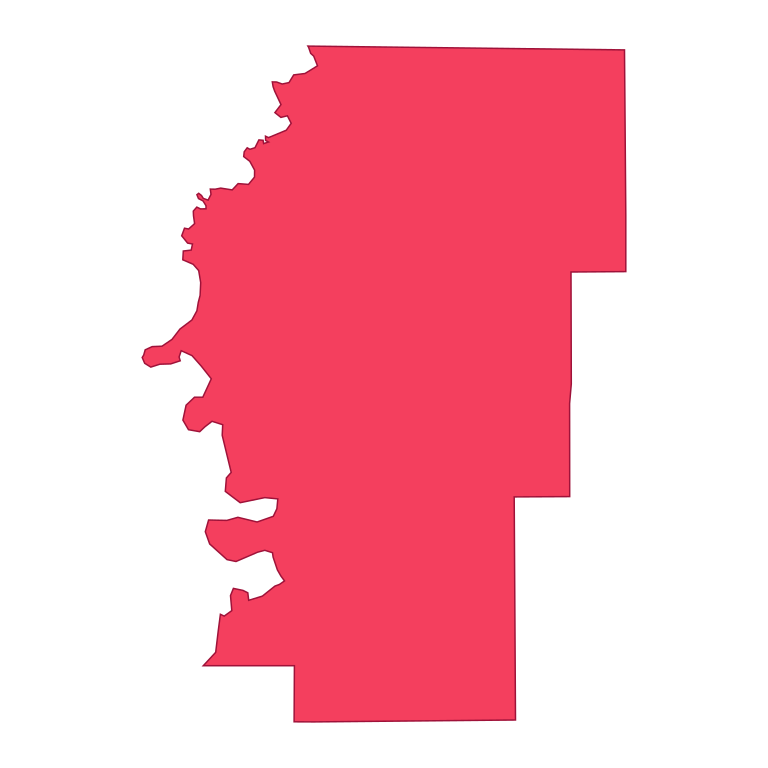 the district of Hale, Alabama, United States of America
{"feature_id": "52423323B74369514091215", "entity_name": "Hale", "entity_type": "district", "adm_level": 2, "iso_a3": "USA", "parent_name": "United States of America", "parent_adm1": "Alabama", "projection": "albers", "projection_center": [-87.768, 32.744], "detail": "fine", "context": "isolated", "style": "filled", "palette": "rose", "viewbox_px": 768, "rotation_deg": 0, "n_neighbors": 0, "source": "geoboundaries", "source_scale": "gbopen_adm2", "svg_char_len": 1893}
<svg xmlns="http://www.w3.org/2000/svg" viewBox="0 0 768 768"><path d="M307.9,46.1L308.6,47.3L310.7,53.4L313.7,56.1L317.5,65.8L305.0,73.5L293.7,74.9L289.0,82.6L282.2,84.0L276.6,82.0L272.3,81.9L273.1,86.7L274.7,91.2L281.0,104.6L274.9,112.6L280.9,117.4L287.4,115.8L291.2,123.3L286.3,130.2L268.5,137.6L265.5,136.2L265.6,140.4L268.5,142.0L263.6,143.6L263.1,140.3L258.9,139.9L255.0,147.7L249.9,149.3L247.2,147.8L244.2,151.8L243.7,156.6L249.8,161.3L254.6,170.1L254.5,177.1L248.5,184.4L238.1,183.6L232.2,189.9L220.7,188.1L215.2,189.2L210.3,189.1L211.0,194.4L208.1,200.1L203.3,198.4L201.5,195.5L198.7,193.3L196.9,194.7L198.5,198.6L203.0,200.9L206.0,205.7L206.0,208.8L200.5,208.9L196.8,207.1L193.3,211.1L193.5,215.8L194.6,223.6L188.6,229.0L184.5,228.2L181.7,235.8L187.6,243.1L192.5,244.0L191.2,250.1L183.3,251.0L182.8,259.8L193.2,264.3L198.7,270.6L200.7,282.6L200.1,295.4L198.3,302.3L196.9,310.8L191.9,320.0L180.0,329.0L172.0,339.4L162.0,346.2L152.2,346.6L145.2,349.8L143.7,355.1L142.2,357.5L144.7,363.3L150.8,367.1L159.9,364.2L170.7,363.9L180.2,360.8L179.1,357.0L181.2,350.7L192.0,355.6L201.1,365.9L211.3,378.8L202.8,397.2L194.5,397.2L186.1,405.2L182.9,420.1L188.5,429.7L199.7,431.7L204.9,426.8L212.0,421.3L222.7,424.7L222.2,435.3L231.2,472.4L226.4,477.9L225.3,491.4L240.2,502.7L264.8,497.6L277.8,498.9L276.9,508.7L273.3,516.3L257.1,522.0L237.9,517.3L226.9,520.4L216.3,520.2L208.6,520.0L205.3,531.7L209.7,544.0L227.0,559.6L236.0,561.5L257.6,552.2L264.8,550.3L272.5,552.7L273.1,557.1L277.4,569.9L280.9,576.0L284.5,580.9L279.5,584.4L274.9,586.1L262.4,596.1L248.7,600.3L247.8,592.8L243.0,590.4L233.4,588.4L230.5,595.6L231.8,610.6L224.2,616.1L220.4,614.3L218.2,631.2L215.7,652.3L203.3,665.7L294.4,665.7L294.1,721.8L313.9,721.9L515.5,720.0L514.2,496.9L569.7,496.6L569.6,403.6L571.3,384.0L571.0,272.0L625.8,271.6L625.8,215.5L624.5,49.9L307.9,46.1Z" fill="#f43f5e" stroke="#9f1239" stroke-width="1.5"/></svg>